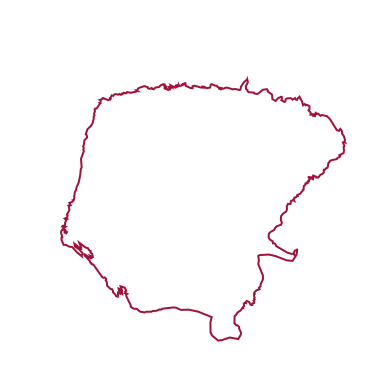 the district of Hurum nor, Buskerud, Norway, rotated 204°
{"feature_id": "86288312B72447023629583", "entity_name": "Hurum nor", "entity_type": "district", "adm_level": 2, "iso_a3": "NOR", "parent_name": "Norway", "parent_adm1": "Buskerud", "projection": "natural_earth1", "projection_center": [10.511, 59.602], "detail": "fine", "context": "isolated", "style": "outline", "palette": "rose", "viewbox_px": 384, "rotation_deg": 204, "n_neighbors": 0, "source": "geoboundaries", "source_scale": "gbopen_adm2", "svg_char_len": 5912}
<svg xmlns="http://www.w3.org/2000/svg" viewBox="0 0 384 384"><g transform="rotate(204 192 192)"><path d="M201.3,62.2L197.5,61.7L195.0,62.8L191.0,61.6L186.4,62.6L185.1,64.0L180.4,66.1L179.5,67.3L176.2,69.0L173.9,71.6L172.4,71.9L171.6,73.3L162.2,78.9L159.4,79.8L154.2,79.8L147.1,83.2L137.6,85.2L123.1,85.7L122.2,80.5L118.0,71.4L115.3,69.1L107.7,66.9L104.4,68.9L98.4,74.4L89.9,76.5L89.4,81.4L90.0,83.4L93.5,86.5L94.1,87.9L96.0,88.7L97.5,88.2L99.8,89.3L102.6,95.9L101.7,97.8L101.4,100.3L99.3,103.8L98.9,106.4L97.9,106.7L98.6,107.9L98.1,109.0L99.3,111.2L98.7,112.2L97.6,112.4L98.1,113.6L97.7,114.7L94.9,114.7L93.1,113.0L91.7,112.9L90.9,113.4L91.6,114.6L90.2,115.8L90.5,117.3L91.5,117.8L91.0,119.3L92.0,119.9L91.8,121.0L93.1,122.3L93.8,124.1L93.3,124.4L94.2,125.5L93.2,128.2L90.7,130.7L91.9,131.9L91.0,133.8L91.7,135.3L91.7,141.2L93.3,144.6L102.1,153.0L103.0,156.5L105.5,160.6L104.3,162.0L96.4,166.1L89.8,167.4L77.5,168.1L72.1,170.0L71.0,177.1L71.7,180.1L72.9,183.0L72.4,181.5L74.2,180.4L74.1,177.3L73.6,176.5L71.7,175.7L74.6,176.8L75.7,176.0L80.0,175.4L93.1,176.8L94.4,178.2L95.8,178.6L97.2,178.0L98.3,179.8L101.7,180.3L103.7,181.9L104.8,185.2L103.9,187.6L101.3,191.0L101.6,192.7L100.7,195.2L97.3,198.3L97.5,200.7L99.5,202.6L100.8,206.2L100.1,209.0L98.0,212.6L98.3,215.2L99.5,217.2L99.6,220.1L97.1,221.2L98.0,223.9L96.3,225.5L97.6,225.7L95.7,225.6L96.5,226.1L95.8,227.6L96.2,228.4L94.6,229.9L94.5,231.2L93.9,231.4L94.5,232.1L92.3,234.6L92.1,236.4L91.4,237.6L91.7,238.8L91.0,239.4L92.3,243.0L91.5,244.4L91.8,246.0L90.8,246.4L91.1,246.0L90.5,246.6L90.9,247.6L90.3,248.2L90.3,249.6L89.5,249.8L90.0,251.0L89.7,251.6L90.8,252.4L90.4,252.5L91.0,253.3L89.1,253.9L88.4,253.5L88.8,252.9L86.6,252.9L87.1,254.9L86.3,255.2L87.9,255.4L88.0,256.3L84.5,256.5L84.3,255.8L82.5,256.6L81.7,260.1L80.5,261.1L79.5,263.4L80.7,266.0L79.5,266.6L79.2,268.1L78.0,269.4L79.2,274.1L78.6,275.1L78.8,276.1L77.5,277.8L73.1,280.9L73.0,282.2L71.3,284.2L71.3,285.3L72.3,285.6L69.4,289.3L70.0,291.8L71.8,294.7L71.4,295.4L71.7,296.3L74.3,298.6L73.5,299.6L72.5,299.6L73.2,300.1L73.4,301.8L76.1,304.9L78.8,306.5L79.1,307.7L81.0,309.4L82.2,310.0L82.6,307.6L84.8,307.4L95.3,314.5L99.6,316.2L104.5,315.2L105.6,313.9L108.8,314.9L109.7,314.0L111.1,314.7L111.3,313.7L110.8,312.3L111.6,312.3L110.8,311.3L112.9,310.8L114.1,312.0L115.2,310.9L116.0,312.9L118.8,314.0L118.3,315.3L119.5,318.1L122.6,318.4L123.4,317.4L124.9,318.2L125.8,316.4L128.4,319.6L132.1,322.4L132.0,321.7L132.8,322.1L133.4,320.9L133.6,318.8L134.8,318.7L136.1,319.7L137.6,317.3L140.0,317.9L143.5,316.0L144.1,314.9L143.6,312.5L144.3,311.9L147.7,312.2L147.7,313.6L148.6,315.3L149.3,315.3L151.6,312.6L152.6,309.2L156.4,309.6L158.4,313.5L163.7,314.6L164.1,315.7L165.4,316.4L168.9,314.2L171.6,308.7L173.2,307.7L175.4,307.4L175.8,307.9L180.8,306.3L182.0,306.5L182.9,307.8L184.6,308.1L185.8,310.4L185.6,315.1L187.2,317.2L187.1,316.5L187.7,316.7L189.2,313.5L190.1,308.4L189.4,305.1L189.8,304.6L194.3,303.7L196.8,302.3L202.1,301.7L204.0,300.8L205.1,299.2L208.9,298.8L206.8,298.6L206.8,297.9L207.6,297.4L209.4,297.4L209.7,298.0L209.1,298.4L211.6,298.4L213.0,299.7L212.8,299.1L213.5,298.7L217.8,298.6L218.5,297.5L217.9,294.8L220.7,292.9L223.8,293.0L226.4,292.2L224.2,291.9L226.5,291.0L232.9,290.2L234.5,288.9L233.7,287.1L235.4,286.4L240.9,286.4L242.3,288.7L242.8,288.4L242.5,287.5L243.3,286.9L244.7,287.7L244.2,287.4L244.8,286.0L244.2,285.8L244.9,284.8L247.1,283.6L247.7,284.3L247.6,283.8L248.6,283.9L250.1,282.7L250.1,281.7L249.8,282.7L248.2,282.3L249.5,280.6L254.7,280.8L253.1,279.6L255.3,279.9L253.3,279.3L253.9,278.6L255.5,279.0L256.0,278.5L253.7,277.7L253.9,276.7L254.8,277.1L255.3,275.6L259.2,275.4L259.6,276.5L258.4,276.8L259.5,277.3L257.5,277.8L259.2,277.7L260.8,279.2L262.1,278.7L263.8,277.2L264.9,274.4L267.7,272.7L268.8,270.5L270.2,270.5L269.8,270.1L271.9,269.8L273.2,268.8L274.5,268.9L275.1,269.8L278.6,269.3L282.7,265.6L283.4,264.2L283.3,262.8L284.1,262.4L282.6,262.1L284.0,261.6L283.9,260.9L288.3,257.7L291.9,256.9L292.3,255.3L294.5,255.0L294.6,254.2L295.8,253.7L295.6,253.0L296.5,251.9L297.9,252.2L299.0,250.9L301.7,250.3L302.6,249.6L303.1,247.7L304.7,247.6L304.9,244.6L305.3,244.3L305.5,243.6L304.8,244.5L304.2,244.3L304.2,243.2L306.2,241.8L311.4,241.7L311.8,241.4L311.6,240.6L313.6,238.7L312.6,238.6L311.8,236.0L312.7,235.6L312.1,235.0L313.1,229.5L314.1,229.1L314.6,227.8L313.4,226.1L313.4,223.9L312.2,222.3L312.6,221.2L311.5,218.5L310.9,214.5L311.1,211.6L313.0,206.9L312.6,201.6L311.3,201.1L310.0,199.3L311.3,195.4L309.9,190.8L310.0,189.3L308.7,188.0L308.5,186.4L307.4,185.3L306.9,177.2L302.8,169.6L302.9,167.6L301.2,162.7L299.4,154.9L299.4,149.3L298.7,146.7L299.0,144.5L297.8,139.9L297.2,139.3L296.9,136.7L297.4,136.2L296.9,136.1L297.4,134.1L299.6,132.3L297.5,130.6L299.1,129.5L298.3,129.2L298.5,128.2L296.7,125.8L297.1,120.3L296.2,120.1L295.7,118.1L297.2,116.3L295.4,116.4L296.3,115.5L295.4,115.2L295.4,112.2L294.4,109.8L296.4,108.5L296.5,107.7L293.5,108.6L294.6,106.9L294.3,106.5L292.8,106.0L292.2,105.5L292.4,104.9L289.9,104.6L290.1,103.1L291.8,103.1L293.6,105.9L295.8,105.9L294.8,105.6L295.5,103.3L295.0,101.3L292.5,98.6L292.5,98.0L293.5,97.8L292.1,97.6L292.4,96.6L291.6,95.1L287.8,91.5L286.0,92.4L282.1,92.1L279.1,93.0L272.3,90.0L266.7,88.5L267.4,89.3L266.4,90.5L267.1,91.6L272.0,93.8L276.7,94.5L278.4,97.0L270.3,94.8L270.0,95.0L270.5,96.0L274.3,99.8L266.8,98.0L264.1,98.3L262.0,96.8L260.5,96.9L260.0,95.3L258.1,95.0L256.1,92.2L256.6,91.5L257.7,92.4L259.0,92.3L257.1,91.2L257.5,90.1L264.4,91.4L264.1,90.3L257.5,87.5L256.0,86.0L254.9,86.1L254.3,85.2L252.8,85.6L251.4,84.9L239.6,77.8L237.9,77.6L237.1,78.4L235.1,77.8L234.9,76.1L233.3,75.2L231.4,71.9L226.7,70.2L225.4,70.7L223.9,69.5L223.5,68.3L220.1,67.0L218.9,65.9L217.2,66.2L218.6,70.0L216.7,69.9L219.9,74.0L218.7,74.2L216.0,71.1L214.4,70.6L216.0,73.7L218.8,76.8L214.4,77.2L211.8,75.0L212.5,73.9L211.6,73.1L212.0,72.4L209.8,72.5L210.5,71.6L209.5,70.0L201.9,63.6L201.3,62.2Z" fill="none" stroke="#9f1239" stroke-width="2"/></g></svg>